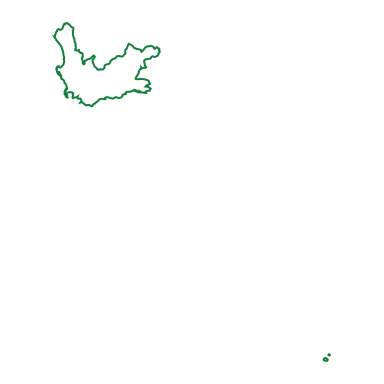 map outline of Western Cape (orthographic projection)
{"feature_id": "ZAF-1189", "entity_name": "Western Cape", "entity_type": "Province", "adm_level": 1, "iso_a3": "ZAF", "parent_name": "South Africa", "parent_adm1": "", "projection": "orthographic", "projection_center": [20.981, -38.718], "detail": "fine", "context": "isolated", "style": "outline", "palette": "green", "viewbox_px": 384, "rotation_deg": 0, "n_neighbors": 0, "source": "natural_earth", "source_scale": "10m", "svg_char_len": 5399}
<svg xmlns="http://www.w3.org/2000/svg" viewBox="0 0 384 384"><path d="M149.9,90.6L149.1,90.6L146.5,91.1L145.8,91.5L145.6,91.7L145.4,92.2L145.5,92.5L145.8,92.8L146.2,92.9L146.2,93.0L140.6,92.3L140.4,91.5L139.9,91.5L139.6,91.3L139.7,91.6L140.1,91.9L140.2,92.1L140.1,92.4L139.4,92.2L138.6,92.3L137.3,91.9L136.4,91.3L136.3,90.7L136.6,90.7L136.4,90.5L135.3,90.2L135.7,90.8L136.2,91.2L135.9,91.3L135.5,91.2L133.7,90.5L133.0,90.5L132.4,90.7L131.6,91.3L130.9,91.7L130.2,91.8L128.0,91.6L126.6,92.0L126.0,92.3L125.6,92.8L125.4,93.2L125.4,93.5L125.9,93.9L125.7,94.1L123.3,94.5L122.7,94.8L122.3,95.2L122.3,96.2L121.9,96.9L120.8,97.5L119.5,97.9L118.8,98.0L117.1,97.6L116.2,97.1L114.6,97.6L114.2,98.0L113.1,98.5L112.4,98.6L111.8,98.5L108.5,97.4L106.9,97.2L106.2,97.3L105.5,97.6L104.5,98.1L104.9,98.1L105.3,98.4L105.5,98.8L105.3,99.2L105.0,99.3L102.2,98.8L100.0,99.2L99.3,99.5L98.8,99.9L97.6,101.4L97.1,101.6L96.7,102.1L96.1,102.3L95.5,102.8L95.2,103.5L94.6,103.5L94.0,103.8L92.8,104.7L92.4,105.3L92.6,105.9L91.7,106.3L90.9,106.1L89.4,105.0L86.9,105.1L86.6,105.1L86.4,105.4L86.0,105.4L85.7,105.1L84.9,104.6L83.7,103.4L82.9,102.9L82.1,102.2L81.7,102.2L81.3,102.3L81.0,102.5L80.7,102.4L80.4,102.5L81.4,101.0L81.5,100.8L81.4,100.3L80.8,99.1L80.3,98.5L79.0,98.7L78.0,98.7L77.5,98.4L77.0,97.6L77.4,97.5L77.8,96.3L77.5,96.5L77.0,97.3L75.6,97.3L73.6,97.7L73.0,98.2L72.7,98.1L72.6,97.8L72.7,97.4L72.6,96.6L73.0,95.7L72.7,94.3L73.3,93.7L72.6,92.7L72.3,92.5L71.4,92.3L69.9,92.2L68.4,92.3L67.2,93.0L66.7,93.6L66.6,94.0L66.9,94.5L67.2,95.3L67.1,96.9L67.2,97.3L67.4,97.5L67.1,97.6L66.7,97.4L66.1,96.8L65.7,96.0L65.6,95.8L65.7,95.3L65.5,95.1L65.3,94.6L65.2,94.4L64.7,94.2L64.5,93.8L64.6,93.5L65.0,93.2L65.0,92.4L65.2,92.0L64.8,92.2L64.5,91.8L64.5,91.6L65.1,90.6L65.4,89.5L65.9,89.1L67.0,89.0L67.2,88.3L67.1,87.9L66.8,87.4L66.2,85.1L65.7,83.9L64.4,82.7L64.2,81.3L63.7,80.3L63.2,79.8L61.4,78.7L61.6,78.3L61.5,78.0L60.2,75.7L59.5,75.0L58.8,74.8L58.2,73.9L58.9,73.6L59.0,73.6L59.4,74.2L59.6,74.4L59.5,74.6L60.6,75.7L60.8,75.8L61.1,75.6L60.5,74.9L60.4,74.4L60.1,74.4L59.6,73.8L59.6,72.8L59.3,72.1L58.9,72.0L57.9,72.0L58.2,72.4L57.5,72.8L57.3,72.6L56.9,71.6L57.0,71.3L56.6,70.2L56.6,69.9L56.9,69.4L56.2,68.6L56.3,68.4L56.5,68.4L57.1,68.0L57.2,66.7L58.2,66.2L58.4,66.2L58.3,66.4L58.5,66.6L59.4,67.4L60.1,67.6L60.7,67.5L63.1,65.0L63.5,64.2L64.1,61.9L64.1,61.2L64.0,59.8L63.7,59.1L63.8,58.8L64.1,58.3L64.2,57.5L63.5,55.0L63.3,52.9L62.9,51.7L62.8,50.4L62.1,49.2L62.1,48.7L61.7,47.4L61.4,46.7L59.3,43.7L58.5,42.9L58.2,42.2L57.4,41.5L56.7,40.5L56.2,40.1L55.8,38.8L54.9,38.0L54.1,36.6L54.9,36.8L55.0,34.8L55.8,33.6L56.0,32.3L57.0,31.3L57.3,29.9L58.1,29.1L58.7,29.1L60.3,30.0L61.8,29.2L62.6,28.0L63.2,26.7L63.6,25.2L64.4,23.7L65.3,24.1L65.5,23.6L66.0,23.2L66.9,23.0L69.8,25.0L70.9,26.5L71.7,27.2L73.3,27.7L73.3,30.0L72.8,30.8L73.2,31.9L72.8,33.2L73.4,36.8L73.8,37.8L74.4,38.6L74.3,39.5L74.7,41.3L74.7,42.0L74.8,42.5L75.3,42.9L75.7,44.1L75.5,45.7L75.8,47.3L75.8,48.2L75.4,48.9L75.2,50.1L76.3,50.2L77.0,50.7L77.4,50.5L77.8,50.6L78.2,50.5L79.0,49.9L79.1,50.0L78.8,51.2L78.9,51.4L79.5,51.7L80.1,52.7L80.6,52.8L80.9,53.0L81.5,52.8L82.1,53.5L82.6,53.6L82.6,55.1L82.9,56.5L82.1,57.4L81.8,58.0L82.1,59.5L82.9,61.0L82.7,63.3L83.7,64.3L84.6,63.8L84.7,63.7L84.3,62.9L84.4,62.3L84.9,60.8L85.2,60.5L85.6,60.7L86.4,60.4L86.8,59.8L88.0,59.1L89.1,59.1L90.0,58.8L91.5,57.6L92.0,56.9L92.5,56.6L93.5,55.6L93.9,55.5L94.2,55.7L94.7,56.6L94.7,57.4L93.5,59.0L92.6,59.8L92.5,60.7L92.8,62.0L93.3,63.4L94.1,65.1L94.3,66.1L94.7,66.6L95.8,67.4L96.8,68.5L97.1,69.1L97.5,69.2L98.2,69.9L99.3,69.7L100.2,69.2L100.6,69.3L101.2,69.6L102.8,69.5L104.1,68.4L104.4,67.4L104.7,65.6L105.4,64.9L106.6,64.4L108.2,64.1L109.5,63.5L110.4,61.7L110.7,60.7L111.7,60.2L112.6,59.1L114.5,58.6L116.2,57.4L116.6,56.5L117.4,56.1L118.0,56.0L118.6,56.2L119.3,56.0L121.5,56.6L122.5,56.4L123.5,55.7L123.9,55.0L124.9,53.9L125.3,53.8L125.6,53.1L125.2,52.0L125.5,49.9L125.7,49.3L126.4,49.2L128.4,44.4L128.9,43.8L131.9,45.4L132.5,45.9L133.3,46.7L134.0,47.8L135.5,48.3L136.5,48.9L137.6,49.0L138.3,49.3L139.5,49.4L140.9,50.0L141.0,50.9L141.6,51.8L143.7,49.8L144.1,49.1L145.3,47.5L146.4,47.0L147.1,46.3L149.2,46.3L150.3,46.0L150.9,45.9L152.0,46.1L153.4,47.0L153.8,47.3L154.0,47.7L153.9,48.1L154.7,48.8L155.8,48.1L156.3,47.4L156.9,47.2L157.3,47.3L158.0,48.3L159.3,48.7L159.5,49.2L159.3,49.4L159.2,49.8L159.0,50.0L158.9,50.6L159.3,50.9L159.7,51.4L159.8,51.8L159.4,52.4L158.8,52.8L158.6,53.1L158.6,53.7L158.4,53.9L158.4,54.6L158.2,55.1L157.6,55.5L157.2,56.0L154.8,57.0L152.7,56.3L152.1,56.5L151.3,57.1L150.7,58.4L150.1,58.7L147.6,58.9L146.8,59.3L145.6,59.2L145.0,59.9L144.2,60.5L144.1,62.0L144.5,62.7L144.7,63.6L144.8,64.3L144.7,65.2L145.2,65.8L145.5,66.5L146.1,67.1L145.4,67.9L144.4,67.8L143.3,67.8L142.0,68.3L141.2,67.3L141.3,68.5L141.0,68.9L140.1,69.3L139.3,70.4L139.2,70.9L138.7,71.7L138.9,72.5L138.6,73.3L135.8,77.7L135.6,78.4L135.8,79.1L138.3,79.2L140.4,79.0L144.1,79.2L146.9,80.0L148.1,80.5L148.9,81.2L149.2,82.6L150.0,83.7L149.7,84.1L146.8,85.3L145.6,86.6L147.1,86.8L147.5,86.7L147.9,86.8L148.5,87.0L148.8,87.5L150.7,88.5L149.9,89.7L149.9,90.6ZM325.1,358.0L325.5,358.0L325.9,358.1L327.0,358.7L327.5,359.5L327.8,359.8L327.5,360.2L327.2,360.6L326.7,360.9L326.3,361.0L326.0,360.8L324.5,360.5L323.8,360.2L323.6,359.8L323.7,359.2L325.1,358.0ZM328.4,354.9L328.5,354.5L329.0,354.3L329.6,354.4L329.9,354.8L329.8,355.3L329.3,355.4L328.7,355.2L328.4,354.9Z" fill="none" stroke="#15803d" stroke-width="2"/></svg>